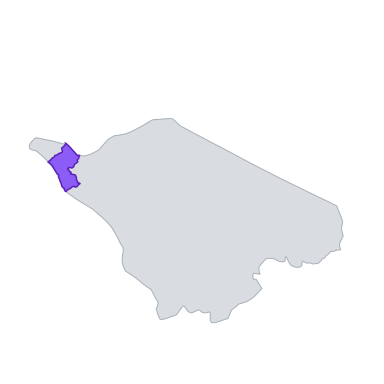 Quamishli, Hasaka (Al Haksa), Syria shown in context, rotated 239°
{"feature_id": "27442178B53577550578456", "entity_name": "Quamishli", "entity_type": "district", "adm_level": 2, "iso_a3": "SYR", "parent_name": "Syria", "parent_adm1": "Hasaka (Al Haksa)", "projection": "mercator", "projection_center": [41.203, 36.804], "detail": "fine", "context": "in_parent", "style": "filled", "palette": "violet", "viewbox_px": 384, "rotation_deg": 239, "n_neighbors": 0, "source": "geoboundaries", "source_scale": "gbopen_adm2", "svg_char_len": 4292}
<svg xmlns="http://www.w3.org/2000/svg" viewBox="0 0 384 384"><g transform="rotate(239 192 192)"><path d="M70.0,141.4L72.9,141.7L79.0,145.4L80.1,145.3L81.9,140.4L83.7,138.7L87.5,137.3L88.6,129.3L90.4,127.7L92.5,126.9L95.8,126.8L98.6,126.3L98.8,124.9L94.8,115.6L95.2,113.3L97.1,103.9L98.3,100.2L99.5,99.1L104.0,99.5L110.4,101.2L112.1,103.9L115.2,106.3L119.8,106.1L125.2,106.5L129.4,106.7L132.8,105.0L140.4,101.9L144.1,100.8L147.5,99.4L158.5,94.3L162.9,94.7L165.9,95.4L168.2,96.2L173.4,99.7L177.6,103.3L180.6,104.3L186.0,104.2L193.8,104.9L203.4,104.9L208.9,103.9L216.0,102.1L228.7,97.9L245.5,89.1L255.3,84.8L259.5,84.3L265.0,84.3L270.5,85.4L276.8,86.2L279.7,86.1L286.5,85.2L295.2,83.5L300.7,82.0L307.4,79.6L311.6,75.6L312.9,75.2L314.6,75.9L315.4,76.2L317.1,78.5L318.9,84.3L318.9,85.0L318.6,86.6L314.2,91.4L308.3,97.9L304.1,102.0L297.0,108.9L291.6,110.4L282.7,112.9L280.2,115.3L278.0,119.1L276.7,124.4L276.3,127.8L276.1,133.9L278.2,140.3L280.2,146.5L280.4,150.5L280.2,154.5L278.3,158.8L276.2,164.6L274.9,171.2L274.3,183.4L274.3,193.9L274.1,195.6L270.4,202.9L266.1,211.5L264.1,213.4L254.7,216.0L244.3,222.2L232.8,229.2L222.3,235.5L211.4,242.2L200.0,249.0L191.8,253.9L180.9,260.5L171.0,266.7L160.9,273.0L153.3,277.8L141.7,285.4L134.9,289.8L124.9,296.3L116.1,302.1L105.6,308.8L92.6,306.8L88.5,305.6L85.1,302.4L82.6,300.7L76.4,298.9L72.5,292.9L70.1,290.7L66.0,289.7L67.7,285.8L68.1,283.3L69.8,280.1L68.7,278.1L68.2,273.7L67.4,272.6L67.1,271.5L67.7,270.1L67.5,268.6L66.8,268.0L66.4,265.8L65.9,264.2L66.2,262.2L67.1,260.9L68.0,258.5L69.1,257.7L70.9,256.2L71.3,254.6L72.9,253.0L75.0,251.7L75.5,250.7L75.2,250.1L73.0,248.9L71.9,246.8L72.9,243.8L73.6,242.9L74.9,241.4L77.7,239.2L79.9,238.9L81.8,238.9L85.0,239.1L87.6,239.5L88.2,238.9L88.1,238.2L85.0,236.3L84.8,234.9L85.6,233.3L87.8,230.9L90.4,229.1L91.8,228.8L94.7,225.2L96.7,221.1L93.6,211.3L91.7,209.7L88.6,208.4L86.8,208.2L86.7,207.5L89.1,205.0L90.8,202.8L88.9,200.8L85.5,199.8L84.3,201.9L80.0,202.1L73.2,202.1L70.3,191.7L69.8,187.1L69.9,181.9L71.9,174.2L71.0,170.6L70.9,168.2L70.4,164.9L65.1,157.8L68.0,144.6L70.0,141.4Z" fill="#d9dde1" stroke="#a8b0b8" stroke-width="1"/><path d="M281.3,114.4L282.2,113.0L282.2,112.9L282.4,112.5L284.1,112.2L287.8,111.5L293.7,110.4L293.8,110.3L294.7,110.1L295.9,109.8L296.0,109.8L298.3,109.1L298.5,109.1L298.8,108.8L298.7,108.8L297.8,107.6L297.3,106.1L297.0,104.9L296.8,103.5L296.7,102.9L296.4,102.7L295.2,102.3L294.4,102.1L293.5,101.9L293.1,101.5L293.0,100.3L293.3,99.0L293.5,98.0L293.4,95.8L293.4,94.4L294.0,93.3L293.1,92.1L292.9,90.8L293.1,90.0L293.0,89.1L292.3,87.6L292.2,85.9L291.8,84.1L291.2,84.3L290.9,84.4L290.7,84.5L289.3,85.1L288.7,85.3L288.1,85.4L287.8,85.5L287.6,85.5L286.3,85.7L285.9,85.7L282.7,85.7L282.4,85.7L281.5,85.7L280.9,85.7L280.7,85.7L280.0,85.7L277.6,85.7L277.0,85.7L276.8,85.8L276.5,85.9L276.2,86.2L275.7,86.4L275.2,86.5L274.8,86.3L274.7,86.2L274.6,85.9L274.5,85.7L273.7,85.4L273.1,85.1L272.8,85.1L272.7,85.1L271.7,85.1L271.3,85.0L271.2,85.0L270.8,84.9L269.9,84.7L269.2,84.5L268.9,84.5L267.9,84.4L266.7,84.2L265.5,83.9L265.4,83.8L265.2,83.8L264.9,83.6L264.7,83.5L264.3,83.5L264.1,83.5L263.6,83.4L262.2,83.6L261.6,83.9L261.1,84.3L260.9,84.4L260.5,84.3L260.4,84.3L260.2,84.3L260.1,84.1L260.0,83.9L259.9,83.9L259.5,83.8L258.9,83.7L258.4,83.7L258.2,83.7L258.1,83.8L257.6,84.1L257.3,84.3L257.2,84.4L257.6,85.2L257.7,85.4L257.7,85.8L257.9,87.0L257.8,88.6L257.7,89.3L257.8,90.1L258.0,91.7L258.0,93.0L257.8,93.5L257.5,94.1L256.8,94.1L256.1,94.7L256.0,95.1L255.9,95.6L255.9,96.5L256.4,97.6L256.7,98.7L256.7,99.7L256.9,100.3L257.4,100.2L257.5,100.2L257.8,99.9L258.2,99.5L258.3,98.9L258.9,98.9L260.0,99.3L260.9,99.3L262.1,99.3L263.3,100.0L263.7,100.2L266.5,100.8L267.8,99.7L269.6,97.7L270.0,97.2L270.3,97.7L270.9,98.3L271.7,98.4L272.0,98.1L272.2,97.8L272.6,97.6L272.8,97.6L273.2,97.6L273.4,97.7L274.0,97.9L274.3,97.8L274.5,97.6L274.8,97.4L275.1,97.2L275.5,97.1L275.8,97.3L275.9,97.8L276.0,98.2L276.0,98.4L276.4,98.6L276.1,99.2L275.9,99.7L275.7,100.4L275.0,100.8L274.7,101.1L274.4,101.7L274.5,103.2L274.9,104.0L275.0,104.3L275.7,104.7L275.9,105.0L276.1,105.4L276.2,105.7L276.3,106.9L276.4,108.5L276.7,109.6L276.9,109.8L277.7,109.9L278.1,109.9L278.5,110.1L278.7,110.4L278.8,111.1L279.0,111.9L279.5,112.5L281.0,114.0L281.3,114.4L281.3,114.4Z" fill="#8b5cf6" stroke="#5b21b6" stroke-width="1.5"/></g></svg>